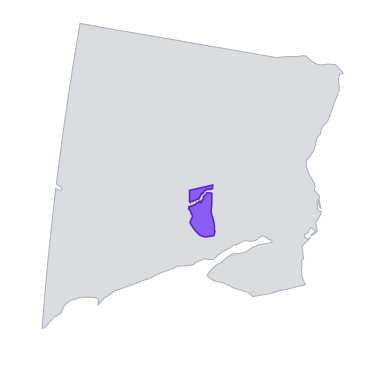 Zemam Out, Al Bahr al Ahmar, Egypt (highlighted), rotated 97°
{"feature_id": "37247803B70127900746184", "entity_name": "Zemam Out", "entity_type": "district", "adm_level": 2, "iso_a3": "EGY", "parent_name": "Egypt", "parent_adm1": "Al Bahr al Ahmar", "projection": "albers", "projection_center": [31.154, 27.336], "detail": "fine", "context": "in_parent", "style": "filled", "palette": "violet", "viewbox_px": 384, "rotation_deg": 97, "n_neighbors": 0, "source": "geoboundaries", "source_scale": "gbopen_adm2", "svg_char_len": 6771}
<svg xmlns="http://www.w3.org/2000/svg" viewBox="0 0 384 384"><g transform="rotate(97 192 192)"><path d="M345.6,324.2L337.1,324.6L328.6,324.9L320.2,325.2L311.7,325.6L303.2,325.8L294.7,326.1L286.3,326.4L277.8,326.6L269.3,326.8L260.8,327.0L252.4,327.1L243.9,327.2L235.4,327.4L226.9,327.4L218.5,327.5L210.0,327.6L205.1,327.6L206.0,325.1L206.5,323.4L205.9,322.2L204.2,321.9L203.2,322.2L200.6,327.4L199.3,327.6L196.3,327.6L186.4,327.6L176.6,327.5L166.7,327.4L156.8,327.3L146.9,327.2L137.1,327.0L127.2,326.8L117.3,326.6L107.5,326.3L97.6,326.0L87.7,325.7L77.9,325.4L68.0,325.0L58.1,324.6L48.3,324.1L38.4,323.6L38.7,317.4L39.0,311.2L39.3,305.0L39.7,298.8L40.0,292.6L40.3,286.4L40.6,280.2L40.9,274.0L41.2,267.8L41.5,261.5L41.8,255.3L42.1,249.1L42.4,242.9L42.7,236.7L43.0,230.5L43.3,224.2L43.7,218.0L44.0,211.8L44.3,205.6L44.6,199.3L44.9,193.1L45.2,186.9L45.5,180.7L45.8,174.4L46.1,168.2L46.4,162.0L46.7,155.8L47.0,149.5L47.4,143.3L47.7,137.1L48.0,130.9L48.3,124.6L48.1,123.5L47.0,119.2L46.0,113.7L45.1,107.1L45.0,104.9L43.1,98.0L43.0,96.1L43.7,94.7L47.6,89.2L48.8,86.5L49.9,83.2L50.3,80.5L49.5,76.3L48.4,72.5L48.2,68.7L48.2,64.9L50.2,62.4L52.5,60.1L53.4,58.7L54.7,57.1L55.7,56.4L57.3,59.8L61.0,60.6L73.2,58.1L86.5,61.7L93.8,63.1L105.1,66.0L111.9,70.8L113.8,71.4L118.8,71.5L122.0,74.3L135.0,75.9L141.9,79.0L145.8,81.5L148.2,82.2L150.3,82.1L153.1,81.3L156.7,79.7L160.6,77.4L168.8,71.5L171.6,70.5L173.5,70.8L175.7,70.7L176.7,69.1L177.9,68.0L178.6,66.7L179.9,65.2L184.1,64.8L192.4,62.2L191.5,63.5L183.9,66.4L187.1,66.7L190.5,65.8L194.3,65.1L195.0,63.9L195.5,61.6L196.2,61.2L198.8,61.7L206.7,65.2L208.6,65.3L214.1,63.3L215.3,62.9L217.1,64.0L221.2,68.4L219.8,68.3L215.4,64.5L215.0,66.4L212.6,69.8L215.7,71.2L218.2,71.8L219.6,73.6L220.5,75.3L223.0,74.5L224.7,72.3L223.8,71.0L223.1,69.7L224.0,69.7L225.7,70.7L230.7,75.0L232.4,75.8L234.4,75.7L238.4,74.4L239.5,74.6L244.9,72.9L245.6,74.1L246.5,75.2L250.8,73.8L257.7,73.7L263.3,72.2L269.7,68.7L270.2,68.1L270.6,69.0L271.4,71.3L273.6,77.1L275.4,81.7L277.7,88.1L278.4,90.5L278.8,92.2L282.1,99.2L284.1,104.9L285.5,109.6L287.6,116.4L288.6,118.8L287.2,120.1L284.7,124.6L282.2,138.9L278.3,150.2L278.0,157.1L277.4,159.7L275.5,163.2L273.2,166.8L268.8,165.1L261.7,159.2L257.5,153.5L253.1,149.8L248.9,145.0L247.8,141.4L247.8,139.1L245.9,133.6L244.5,131.0L239.5,125.2L238.0,122.0L236.9,120.7L235.8,118.7L233.9,111.0L231.9,106.2L229.6,107.6L230.1,109.6L228.1,112.5L227.0,115.8L227.9,118.4L232.0,122.5L232.9,124.3L233.9,128.1L233.8,133.4L234.5,135.2L237.6,139.1L238.7,141.4L239.4,143.4L240.4,145.2L243.5,148.5L248.0,154.9L252.2,159.3L255.3,161.3L256.6,163.4L257.0,168.9L256.8,171.5L259.6,176.3L260.6,178.8L263.2,180.8L264.4,183.0L265.6,186.8L267.5,197.9L269.8,200.5L277.1,215.0L283.2,224.1L286.3,230.9L290.9,239.1L300.0,257.3L305.4,262.8L307.5,265.9L311.3,268.2L315.5,271.7L311.6,271.4L310.7,271.7L309.4,272.3L308.8,274.5L308.6,276.3L309.4,285.6L310.6,290.3L314.3,299.2L317.0,301.8L318.3,303.5L320.1,304.7L328.3,307.4L333.3,313.7L344.4,321.4L345.5,323.6L345.6,324.2Z" fill="#d9dde1" stroke="#a8b0b8" stroke-width="1"/><path d="M199.3,181.2L199.5,181.4L199.6,181.5L199.8,181.7L200.0,181.8L200.1,182.0L200.3,182.5L200.3,182.8L200.4,183.0L200.5,183.2L200.4,183.3L200.3,183.5L200.4,183.8L200.4,184.0L200.5,184.0L200.6,183.9L200.8,183.8L200.9,184.0L201.0,184.2L201.4,184.3L201.6,184.4L201.8,184.7L202.0,184.9L202.0,185.0L202.2,185.3L202.2,185.5L202.3,185.7L202.4,185.8L202.3,186.0L202.6,186.0L202.8,185.9L202.9,186.0L203.1,186.2L203.3,186.4L203.4,186.5L203.5,186.7L203.5,186.8L203.9,187.1L204.0,187.2L204.1,187.3L204.2,187.5L204.3,187.5L204.6,187.6L204.5,187.8L204.4,188.0L204.4,188.3L204.8,188.5L205.1,188.7L205.1,188.8L205.2,189.1L205.2,189.3L205.2,189.5L205.2,189.8L205.3,190.0L205.5,190.2L205.8,190.5L205.9,190.8L206.0,190.9L206.0,191.0L206.3,191.1L206.5,191.2L206.5,191.3L206.6,191.5L206.5,191.8L206.8,191.9L206.8,192.0L206.7,192.2L206.7,192.4L206.7,192.5L206.8,192.7L206.8,192.9L206.8,193.0L206.9,193.4L207.9,192.7L209.1,193.4L209.7,192.9L210.5,191.7L211.8,190.9L213.2,190.3L214.5,189.4L216.2,188.4L218.0,189.1L220.2,189.8L222.5,190.3L225.0,188.6L229.4,184.7L233.8,179.3L233.8,178.8L234.7,176.6L235.0,172.9L233.7,168.5L232.9,165.8L232.6,165.0L228.3,164.3L226.9,165.1L223.8,165.4L219.0,166.7L215.2,168.2L211.6,169.9L207.7,170.8L202.4,170.8L197.9,171.3L191.1,172.0L190.8,172.3L190.7,172.7L190.7,172.9L190.7,173.0L190.6,173.3L190.6,173.6L190.6,174.0L190.8,174.1L190.9,174.4L191.0,174.7L191.0,175.0L191.0,175.3L190.9,175.5L190.8,175.9L190.8,176.1L190.7,176.3L190.8,176.5L190.9,176.8L191.0,177.1L191.4,177.4L191.5,177.4L191.9,177.6L192.2,177.8L192.3,177.8L192.4,177.7L192.5,177.7L192.7,177.9L192.9,178.1L193.0,178.2L193.0,178.3L193.6,178.6L193.6,178.8L193.8,179.0L194.0,179.1L194.2,179.3L194.4,179.4L194.6,179.4L194.6,179.5L194.8,179.6L195.0,179.8L195.2,180.1L195.3,180.1L195.5,180.0L196.0,180.0L196.1,179.9L196.3,179.9L196.8,179.8L197.0,179.9L197.2,180.0L197.3,180.1L197.8,180.2L198.1,180.4L198.2,180.2L198.3,180.2L198.5,180.2L198.6,180.3L198.7,180.5L198.8,180.6L199.0,180.9L199.3,181.2ZM201.6,182.2L201.2,182.5L200.7,182.0L200.6,181.4L201.1,181.2L201.3,181.5L201.6,182.2ZM190.7,194.7L194.8,194.1L197.9,193.7L201.3,193.5L202.4,192.7L202.2,192.7L202.1,192.4L202.0,192.2L201.9,192.1L201.7,191.6L201.6,191.4L201.5,191.2L201.4,191.2L201.5,191.0L201.5,190.9L201.5,190.6L201.2,190.3L201.1,190.2L200.9,190.1L200.8,189.9L200.8,189.7L200.7,189.5L200.6,189.3L200.5,189.2L200.4,189.2L200.2,189.1L200.1,188.9L200.2,188.7L200.0,188.2L199.9,188.0L199.9,187.9L199.8,187.7L199.7,187.5L199.7,187.3L199.5,187.1L199.3,187.0L199.2,187.0L199.3,187.0L199.2,186.9L198.7,186.6L198.4,186.3L198.4,186.2L198.2,185.9L198.1,185.6L198.2,185.4L198.3,185.3L198.4,185.1L198.4,184.8L198.4,184.7L198.2,184.4L197.9,184.4L197.6,184.3L197.1,184.1L196.7,183.9L196.6,183.7L196.4,183.7L196.1,183.8L195.9,183.8L195.8,183.7L195.5,183.5L195.4,183.5L195.1,183.5L195.0,183.4L194.9,183.4L194.8,183.2L194.7,183.2L194.1,182.9L193.8,182.8L193.6,182.7L193.3,182.5L193.2,182.5L193.0,182.4L192.9,182.3L192.7,182.3L192.6,182.2L192.4,182.1L192.4,181.8L192.4,181.7L192.5,181.5L192.5,181.4L192.4,181.4L192.2,181.4L192.3,181.3L192.2,181.2L191.9,181.2L191.9,181.3L191.7,181.2L191.3,180.7L191.2,180.6L191.0,180.4L190.9,180.4L190.5,180.1L190.2,180.1L189.9,179.9L189.7,179.8L189.5,179.7L189.4,179.7L189.2,179.5L189.1,179.4L188.9,179.2L188.8,178.7L188.7,178.4L188.5,178.2L188.4,178.2L188.2,178.0L188.1,177.9L187.9,177.9L187.7,177.9L187.6,177.7L187.5,177.4L187.5,177.1L187.5,176.9L187.4,176.9L187.4,176.7L187.3,176.3L187.3,176.2L187.3,175.9L187.2,175.8L187.3,175.6L187.5,175.2L187.4,175.0L187.4,174.8L187.3,174.7L187.2,174.4L187.0,174.2L187.1,173.9L186.9,173.5L186.7,173.0L186.7,172.9L186.6,172.7L186.4,172.5L186.4,172.4L186.1,172.0L182.5,172.2L190.7,194.7Z" fill="#8b5cf6" stroke="#5b21b6" stroke-width="1.5"/></g></svg>